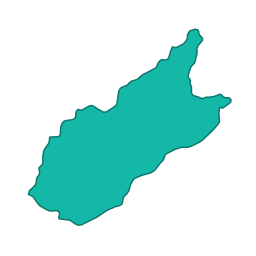 the border of Caazapá, rotated 355°
{"feature_id": "PRY-618", "entity_name": "Caazapá", "entity_type": "Department", "adm_level": 1, "iso_a3": "PRY", "parent_name": "Paraguay", "parent_adm1": "", "projection": "albers", "projection_center": [-55.918, -26.161], "detail": "fine", "context": "isolated", "style": "filled", "palette": "teal", "viewbox_px": 256, "rotation_deg": 355, "n_neighbors": 0, "source": "natural_earth", "source_scale": "10m", "svg_char_len": 2849}
<svg xmlns="http://www.w3.org/2000/svg" viewBox="0 0 256 256"><g transform="rotate(355 128 128)"><path d="M182.7,52.2L189.4,49.6L190.9,48.7L192.2,47.6L193.0,46.5L194.2,45.1L194.9,44.0L195.2,42.9L195.2,42.2L195.4,40.4L197.7,36.9L202.6,35.5L203.8,35.6L205.7,36.1L206.4,36.9L206.7,37.8L206.7,38.9L206.9,40.2L207.5,41.6L209.2,43.9L209.8,44.9L210.0,46.0L209.8,47.1L208.9,48.2L205.5,51.4L204.5,52.9L203.6,55.0L203.4,58.4L203.0,60.4L200.8,67.1L200.2,68.5L199.4,69.5L196.5,72.0L196.1,72.5L193.4,78.5L192.5,81.2L192.5,82.8L193.2,84.0L193.9,84.9L194.3,86.4L193.8,88.1L193.9,89.5L194.8,92.6L194.7,94.0L194.3,98.1L194.7,99.7L195.5,100.9L196.1,101.4L201.7,103.7L203.5,104.7L204.6,105.1L205.6,105.3L207.4,104.4L208.5,104.2L211.8,104.4L215.7,104.2L218.1,103.7L222.3,102.4L223.2,102.6L224.0,103.2L224.5,103.8L225.0,104.4L225.7,105.3L226.6,105.9L227.6,106.3L230.2,106.6L231.2,106.8L232.1,107.4L232.9,108.5L233.0,109.7L232.4,111.1L231.2,112.2L224.2,116.4L222.4,116.0L221.9,115.7L221.4,115.5L220.9,115.7L220.6,116.1L220.4,117.3L220.4,118.3L220.2,119.2L219.9,120.2L219.7,121.5L219.8,128.7L219.4,129.9L218.6,131.3L217.5,132.6L211.9,138.0L200.5,147.0L198.1,148.3L188.9,151.8L186.1,152.3L184.2,152.4L182.3,152.0L180.0,151.9L177.1,152.3L171.4,153.9L163.5,157.3L162.1,159.1L160.9,162.1L160.0,163.2L157.5,165.4L151.2,172.1L149.1,173.5L146.7,174.6L137.4,176.4L130.6,178.6L128.6,180.1L125.6,184.6L125.0,186.1L123.7,189.8L122.4,191.8L120.9,193.6L118.9,195.2L117.8,196.5L117.0,197.9L115.7,202.6L114.7,203.7L112.6,204.6L108.4,205.3L100.3,208.0L88.8,214.3L73.2,220.4L70.9,220.5L68.8,220.0L66.8,218.7L62.6,215.2L61.7,214.7L51.6,212.5L51.3,211.2L51.3,210.9L51.5,210.2L52.1,208.5L52.4,207.2L52.1,205.9L51.0,204.7L48.7,204.0L44.4,204.0L42.5,203.6L40.5,202.7L34.7,198.8L32.5,196.8L30.0,192.7L28.9,190.6L27.7,188.8L26.9,187.8L23.0,185.4L24.3,182.0L26.2,180.4L27.8,179.3L30.4,177.0L31.5,175.2L32.1,173.3L32.3,171.6L32.8,169.9L33.6,168.7L35.4,166.8L36.0,165.2L36.1,163.8L35.8,162.4L35.7,161.0L35.9,160.1L36.4,159.3L39.2,157.2L39.9,156.1L40.2,154.7L40.6,149.3L42.0,143.7L43.0,141.9L47.6,136.5L48.3,135.1L49.2,130.3L53.6,130.3L57.0,130.7L58.9,130.0L60.0,128.7L60.9,122.1L61.8,119.5L63.2,117.0L64.6,115.8L66.6,115.2L73.2,114.9L75.4,114.1L76.5,112.9L77.0,111.3L77.2,109.5L77.7,107.7L78.8,105.8L79.9,105.3L80.8,105.3L81.7,105.8L82.6,106.1L83.9,106.0L90.5,103.0L92.5,102.5L94.1,102.5L95.2,103.0L95.8,103.5L99.5,106.5L104.9,110.0L107.4,110.3L115.0,106.4L118.4,104.2L118.6,103.8L118.8,103.6L119.2,102.3L122.0,90.7L122.7,89.3L123.9,87.7L125.6,86.9L130.0,85.6L131.7,84.6L134.3,82.3L135.9,81.6L140.7,80.6L142.2,79.9L145.6,77.3L147.4,76.2L159.5,71.2L161.3,70.2L162.0,69.3L163.4,66.4L164.4,65.0L166.4,63.3L167.8,62.9L169.1,63.0L170.3,63.4L171.5,63.5L173.2,63.1L174.4,61.8L175.3,60.3L177.0,55.4L178.1,53.4L178.5,52.7L179.3,51.1L182.7,52.2Z" fill="#14b8a6" stroke="#0f766e" stroke-width="1.5"/></g></svg>